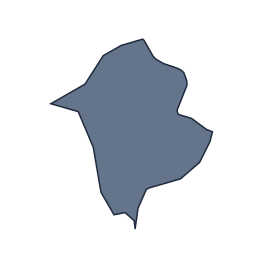 the border of Bexley, rotated 119°
{"feature_id": "GBR-2061", "entity_name": "Bexley", "entity_type": "London Borough", "adm_level": 1, "iso_a3": "GBR", "parent_name": "United Kingdom", "parent_adm1": "", "projection": "equal_earth", "projection_center": [0.138, 51.452], "detail": "fine", "context": "isolated", "style": "filled", "palette": "slate", "viewbox_px": 256, "rotation_deg": 119, "n_neighbors": 0, "source": "natural_earth", "source_scale": "10m", "svg_char_len": 584}
<svg xmlns="http://www.w3.org/2000/svg" viewBox="0 0 256 256"><g transform="rotate(119 128 128)"><path d="M144.0,56.3L146.9,57.3L170.2,80.5L173.0,82.2L193.4,80.3L212.9,72.8L206.1,77.6L203.4,89.5L210.7,98.2L197.3,120.5L161.7,149.0L137.8,179.5L144.2,207.3L110.5,186.9L76.6,184.7L59.0,173.9L43.1,158.2L43.6,156.3L53.0,141.0L54.2,137.6L54.5,128.7L51.7,113.1L51.7,109.5L52.2,107.2L52.8,105.7L58.1,99.6L62.2,97.1L88.1,93.8L89.7,93.0L90.8,91.8L91.3,91.0L91.5,89.7L88.8,77.1L91.2,58.7L90.4,52.3L100.1,49.7L123.3,48.7L144.0,56.3Z" fill="#64748b" stroke="#1e293b" stroke-width="1.5"/></g></svg>